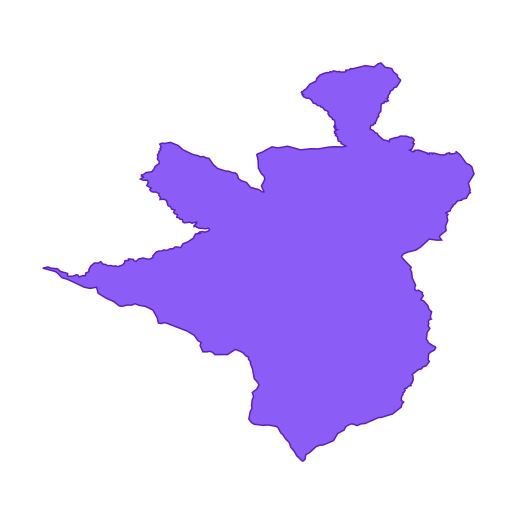 El Dovio, Valle del Cauca, Colombia, rotated 274°
{"feature_id": "7082276B38814266492224", "entity_name": "El Dovio", "entity_type": "district", "adm_level": 2, "iso_a3": "COL", "parent_name": "Colombia", "parent_adm1": "Valle del Cauca", "projection": "equal_earth", "projection_center": [-76.261, 4.561], "detail": "fine", "context": "isolated", "style": "filled", "palette": "violet", "viewbox_px": 512, "rotation_deg": 274, "n_neighbors": 0, "source": "geoboundaries", "source_scale": "gbopen_adm2", "svg_char_len": 6110}
<svg xmlns="http://www.w3.org/2000/svg" viewBox="0 0 512 512"><g transform="rotate(274 256 256)"><path d="M284.9,440.1L287.3,438.0L288.9,437.8L294.6,443.9L298.9,443.0L304.8,444.8L309.0,443.6L310.8,444.7L311.8,442.7L312.5,442.6L314.6,446.6L316.7,446.9L319.5,449.0L320.2,448.6L322.0,451.1L324.3,452.6L325.3,453.8L325.9,457.2L327.1,457.9L328.2,461.7L333.2,464.1L334.1,465.5L335.8,464.4L336.5,465.1L343.6,462.8L353.0,467.8L360.0,465.1L361.9,462.6L363.0,459.4L371.3,452.5L374.4,447.8L373.7,448.7L372.8,448.5L371.8,445.8L371.3,442.3L372.5,441.9L371.4,438.6L370.9,438.8L370.1,437.7L369.7,433.4L371.0,426.8L370.9,425.1L370.4,425.0L370.9,424.6L370.8,421.7L369.4,421.6L370.0,419.7L370.6,419.8L373.0,410.9L372.4,406.6L371.7,406.9L370.8,405.1L372.4,401.7L373.2,403.8L379.0,406.0L379.7,404.5L382.2,405.6L383.5,405.3L385.2,402.8L384.9,401.6L386.0,397.7L385.7,391.5L384.1,389.0L383.8,386.6L381.7,381.3L379.2,380.8L380.2,379.3L380.6,375.2L384.9,369.5L387.0,368.1L387.1,366.4L389.3,364.2L390.7,360.9L394.1,361.4L394.6,363.5L396.3,364.7L396.6,365.8L397.3,365.3L399.3,366.7L402.0,367.1L403.7,368.7L406.1,368.3L409.0,370.4L416.4,370.3L417.8,373.3L419.0,373.2L419.0,375.5L420.2,377.2L422.4,375.6L423.4,376.9L424.9,376.5L428.4,378.4L429.5,378.0L431.5,381.0L433.2,381.6L434.5,384.5L440.9,387.9L441.8,387.8L444.1,384.9L446.4,384.4L449.0,380.5L452.5,378.3L453.3,371.6L457.3,367.2L456.2,364.3L452.9,360.8L453.5,351.7L449.6,339.8L449.5,337.1L448.1,336.0L447.6,332.6L446.5,332.9L445.8,331.9L445.3,327.7L446.0,326.2L445.4,324.9L446.1,320.4L444.8,318.7L445.1,317.1L443.9,315.9L444.0,314.3L443.0,311.1L440.9,307.1L437.4,304.2L434.7,303.8L431.2,297.8L426.0,294.2L425.2,292.7L423.8,291.9L423.2,290.3L422.1,289.8L420.4,291.9L420.1,290.9L418.2,292.3L417.0,295.1L417.1,298.1L415.4,300.5L412.4,302.6L412.1,305.0L410.5,306.8L410.2,309.8L409.3,310.2L408.9,312.0L406.0,314.7L406.2,316.0L404.6,318.3L403.4,317.8L400.9,319.2L398.9,322.4L397.6,322.8L397.3,324.3L395.5,325.3L392.9,325.8L391.4,325.1L391.0,326.1L390.2,324.8L388.7,325.8L389.5,326.3L389.2,326.8L387.7,326.5L387.6,328.1L386.7,326.5L385.9,326.6L385.8,325.6L383.8,325.9L383.2,327.7L381.8,326.9L380.8,328.8L376.5,330.0L375.5,333.1L374.2,333.1L371.8,338.0L370.8,335.0L370.5,326.7L369.7,320.9L367.1,310.3L366.9,303.9L365.0,293.0L367.7,280.0L365.3,270.2L366.0,264.3L359.7,254.4L358.2,250.7L357.2,249.7L352.1,251.3L343.7,252.3L338.8,255.4L336.1,258.5L333.1,259.5L326.2,256.5L320.6,259.5L320.4,257.8L322.5,254.0L324.1,245.6L328.7,241.4L330.2,235.9L331.9,233.2L336.2,231.4L337.4,229.6L337.5,226.6L338.7,222.5L338.6,219.8L340.6,211.7L344.1,207.1L350.1,202.3L350.5,199.2L351.6,196.6L351.0,193.5L352.2,190.8L352.4,187.6L353.4,184.5L356.9,175.7L360.8,170.7L363.4,162.6L361.9,157.4L362.0,154.3L360.9,152.2L358.0,153.9L356.5,152.7L355.2,153.4L353.5,151.9L351.8,151.8L349.9,150.6L348.5,151.3L345.8,150.9L343.6,152.8L341.5,152.9L338.4,149.2L335.5,148.1L332.6,145.9L331.7,140.7L329.1,137.5L328.9,136.1L327.7,136.1L327.3,137.8L326.8,138.0L324.7,135.3L323.7,138.4L323.9,141.9L323.3,142.9L321.9,143.4L318.6,142.1L316.3,146.7L314.8,145.4L313.1,147.0L312.6,148.7L312.8,151.8L311.4,155.0L309.7,154.9L307.8,156.5L305.6,156.3L306.3,160.3L305.1,162.9L300.1,164.7L299.2,167.3L296.9,168.5L296.1,172.0L293.9,170.8L292.6,171.8L291.8,174.8L289.1,174.2L288.6,176.6L287.3,177.8L287.4,179.8L284.6,180.9L284.1,182.3L285.1,187.7L284.2,189.8L285.7,194.4L284.6,194.4L281.8,192.0L280.9,192.2L281.5,194.0L280.5,194.9L279.8,197.2L279.7,203.9L280.3,206.9L279.2,207.8L277.8,207.1L276.2,203.4L276.6,201.0L276.0,198.1L274.8,196.9L274.6,197.5L275.4,197.8L274.8,198.6L273.7,194.0L269.5,192.3L265.4,187.2L263.2,182.4L259.1,180.3L259.6,175.6L259.0,174.1L257.5,172.9L257.1,169.5L255.4,167.0L255.6,163.2L254.3,161.9L254.2,158.8L253.1,156.3L249.0,153.1L247.5,153.4L245.6,150.6L245.3,148.2L246.1,143.6L244.9,139.2L242.4,136.8L242.6,134.9L244.1,133.8L244.2,129.0L242.8,129.2L242.2,125.6L240.0,125.3L237.8,123.6L235.7,118.7L236.4,116.4L235.7,114.9L236.4,112.3L236.1,108.3L237.2,106.4L237.0,104.2L239.5,101.6L238.0,99.2L237.7,95.2L234.3,91.8L230.8,90.2L228.7,90.4L227.2,87.4L224.4,87.1L224.4,84.5L222.7,81.0L224.6,79.5L224.8,78.3L223.1,74.9L222.6,70.2L223.1,69.2L225.1,69.5L225.6,68.8L226.9,62.1L229.4,58.9L229.6,52.3L230.6,49.2L229.0,44.2L226.5,56.8L225.2,59.1L220.8,64.0L219.6,69.5L212.9,86.8L212.1,92.7L213.7,99.1L207.9,101.1L203.4,109.5L200.7,117.2L196.7,123.0L196.5,126.1L198.0,130.6L198.4,135.5L199.9,138.6L198.6,143.1L198.1,148.9L194.9,156.9L187.4,161.8L182.3,163.3L182.0,166.4L183.1,168.9L182.9,171.0L176.4,192.3L172.5,200.0L167.6,203.9L165.9,207.3L162.8,206.5L156.7,209.7L157.0,214.1L157.7,216.5L157.0,219.2L154.7,222.0L155.7,234.5L161.3,241.7L160.2,246.1L158.7,249.6L155.5,253.1L154.7,255.5L152.5,255.7L150.3,257.8L148.1,258.0L142.9,260.5L133.5,262.8L129.7,266.7L127.4,267.9L123.3,266.1L119.6,261.8L115.4,263.4L112.5,262.3L106.1,262.0L104.0,262.7L100.4,261.1L92.8,260.2L89.4,263.3L88.1,265.8L87.5,275.0L88.3,279.6L87.5,287.6L86.6,289.7L81.1,293.2L79.7,295.2L75.8,298.1L72.3,302.1L67.4,304.2L63.7,307.9L59.5,310.6L54.7,316.5L54.9,317.6L56.6,319.1L61.2,319.5L64.0,323.5L69.9,329.1L71.7,332.8L72.1,336.1L77.2,346.2L84.7,349.9L88.5,356.0L92.0,357.5L93.8,359.8L95.2,363.0L94.9,366.0L93.9,367.8L94.2,369.5L95.7,371.9L96.6,376.7L103.3,389.3L103.7,392.2L107.9,403.1L115.4,411.4L118.5,411.9L120.6,413.5L122.2,410.9L125.9,411.1L128.3,412.4L130.0,412.2L130.6,413.3L132.4,414.1L134.3,413.5L134.6,415.5L136.7,417.1L137.6,419.8L139.0,419.1L140.4,420.6L143.8,421.5L147.6,420.8L148.7,419.9L154.2,426.2L155.0,429.2L156.7,429.7L158.3,433.4L162.9,436.3L164.5,434.9L170.3,435.1L171.9,436.3L174.6,440.5L177.0,441.7L178.1,441.0L178.8,438.7L181.7,433.7L183.3,433.3L184.7,431.7L191.8,432.1L196.0,434.5L198.5,432.4L200.6,433.2L202.0,432.4L204.5,433.2L205.3,435.3L206.1,434.5L208.8,434.3L212.6,435.1L214.6,432.5L218.5,430.8L222.7,426.7L224.0,423.5L228.1,425.7L229.7,424.5L231.0,424.7L233.2,420.5L232.6,418.2L233.5,416.8L236.0,416.6L237.9,417.3L245.0,413.4L250.9,412.4L253.0,410.9L255.5,411.6L264.4,401.9L266.0,401.3L268.5,403.0L270.7,407.7L273.0,415.0L276.4,419.5L284.9,427.6L284.4,435.9L284.9,440.1Z" fill="#8b5cf6" stroke="#5b21b6" stroke-width="1.5"/></g></svg>